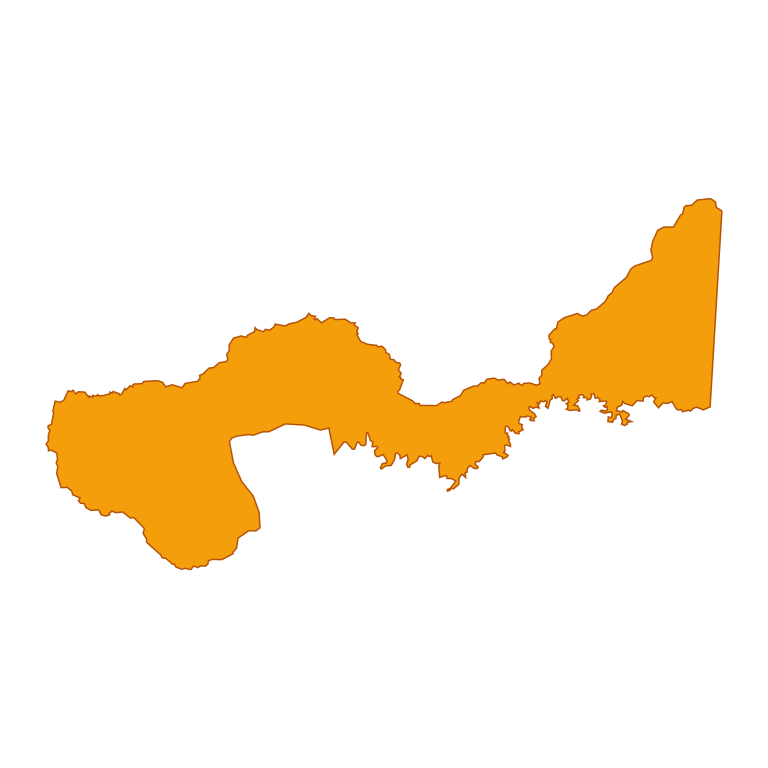 Sonora, Mato Grosso do Sul, Brazil (orthographic projection)
{"feature_id": "56859067B75872573246742", "entity_name": "Sonora", "entity_type": "district", "adm_level": 2, "iso_a3": "BRA", "parent_name": "Brazil", "parent_adm1": "Mato Grosso do Sul", "projection": "orthographic", "projection_center": [-54.401, -17.615], "detail": "fine", "context": "isolated", "style": "filled", "palette": "amber", "viewbox_px": 768, "rotation_deg": 0, "n_neighbors": 0, "source": "geoboundaries", "source_scale": "gbopen_adm2", "svg_char_len": 6076}
<svg xmlns="http://www.w3.org/2000/svg" viewBox="0 0 768 768"><path d="M52.8,411.5L53.7,412.9L51.4,424.4L48.2,425.7L48.0,427.9L49.9,430.6L48.4,434.7L48.3,441.1L46.1,444.2L48.3,447.6L48.5,450.8L51.3,450.1L56.9,453.2L57.5,459.5L56.2,462.8L57.8,466.5L56.7,473.5L61.1,487.6L67.3,487.4L71.7,491.1L72.8,494.8L80.1,497.9L78.4,500.6L80.4,503.1L84.4,503.7L85.9,507.5L90.9,510.4L98.6,509.8L101.3,514.9L105.4,516.0L109.5,515.0L109.1,513.5L111.9,511.1L115.9,512.7L122.6,512.0L130.4,518.1L133.6,517.4L144.4,528.5L143.1,533.4L146.6,538.9L146.6,542.3L160.9,555.0L161.9,557.6L166.0,558.5L172.6,564.3L173.9,563.8L176.1,567.1L181.8,569.2L185.9,568.3L188.7,569.4L191.3,569.3L193.0,566.5L194.6,566.2L197.5,567.6L201.1,565.8L205.3,566.1L207.8,564.2L208.5,560.7L212.3,559.4L221.9,559.6L233.1,553.7L233.0,552.2L236.5,548.2L238.1,538.1L248.8,530.7L255.9,530.9L260.0,527.7L259.1,512.4L253.3,496.2L241.8,481.7L233.5,463.1L229.4,441.6L231.6,438.2L236.6,436.2L247.6,434.6L253.6,435.1L262.5,431.9L268.9,431.7L285.5,423.9L304.2,425.0L320.3,430.0L328.9,428.1L334.2,454.3L344.1,441.9L346.7,442.5L352.3,449.1L354.6,449.0L357.0,442.5L358.6,442.2L361.1,445.3L364.1,445.7L365.7,444.6L366.6,432.8L368.0,433.0L370.4,440.6L372.8,441.9L372.1,446.7L376.8,446.4L377.9,447.5L374.6,450.6L375.1,454.8L376.7,456.5L378.7,456.5L383.1,454.6L387.0,460.3L386.0,463.2L382.6,463.4L380.3,467.8L381.5,469.0L385.9,465.8L391.1,465.5L394.5,459.8L395.5,453.3L397.2,452.8L399.9,455.3L400.3,458.6L407.1,454.8L408.1,459.3L406.6,464.0L407.7,467.1L409.6,467.4L410.1,464.9L416.9,460.8L418.8,456.5L422.2,456.4L424.9,458.6L427.7,455.3L429.5,456.6L431.2,455.8L432.7,461.8L435.7,463.5L440.0,463.2L438.8,465.6L439.7,477.5L444.8,475.6L446.7,476.3L447.1,478.5L451.7,478.6L455.9,481.0L450.3,488.3L453.5,488.8L458.9,484.3L459.0,478.2L461.9,474.0L465.6,477.5L465.2,472.6L467.0,472.2L467.4,468.4L469.9,465.5L474.2,468.4L477.3,468.6L478.1,466.9L475.1,464.4L475.9,461.7L479.2,461.5L483.0,457.2L483.2,454.8L495.6,453.0L496.8,454.8L502.2,456.7L502.7,458.9L507.2,456.8L508.1,455.2L503.7,452.6L504.9,451.1L504.5,445.7L506.5,445.0L510.5,446.5L510.5,444.6L508.9,441.2L509.5,439.5L507.8,437.6L509.0,436.8L506.8,434.4L507.7,433.3L505.1,432.7L505.5,426.3L508.1,426.4L510.0,430.6L511.4,431.0L512.2,429.6L515.4,433.3L519.1,433.6L518.6,431.9L523.1,429.7L521.5,426.9L522.4,424.7L519.0,423.6L518.6,422.1L520.3,416.7L526.0,417.0L527.5,415.9L531.6,417.2L529.7,419.6L530.9,420.6L534.3,420.7L533.5,418.6L536.1,416.7L534.4,413.7L529.6,410.2L528.9,407.5L530.0,406.3L533.1,408.4L535.9,407.1L539.2,408.0L537.2,402.7L539.4,403.8L540.4,401.0L543.7,401.8L545.2,400.6L546.9,401.8L545.5,406.5L547.9,408.3L550.2,400.1L552.2,398.7L552.1,395.2L553.5,394.6L555.4,398.3L558.9,396.6L561.0,397.0L562.2,400.4L563.9,401.0L567.3,398.5L568.9,402.1L566.1,403.6L567.9,405.1L567.7,408.3L566.3,409.2L569.9,410.5L576.5,409.8L578.7,411.1L580.0,410.8L577.8,405.9L573.7,405.2L578.3,400.8L576.9,399.3L579.4,397.8L578.3,396.6L579.3,395.0L582.6,394.7L584.1,396.3L583.4,397.5L586.8,397.6L587.2,400.0L590.6,398.8L591.6,395.7L590.9,394.2L593.8,393.4L595.2,398.2L597.8,397.4L600.1,400.0L599.1,401.6L605.6,400.9L606.8,401.9L605.2,405.3L603.5,405.9L605.1,407.3L607.4,406.7L607.2,409.9L606.2,411.0L601.3,410.2L600.1,411.3L604.3,413.2L611.6,411.8L612.1,415.9L611.3,417.6L608.3,417.0L607.9,421.6L612.7,422.2L613.9,419.3L615.9,418.4L616.2,415.3L619.7,414.1L622.5,420.9L621.5,424.2L624.8,425.5L627.3,424.0L627.3,422.4L631.6,421.6L625.5,419.1L629.1,415.6L629.0,414.0L622.8,410.5L622.1,411.8L616.5,410.9L617.5,407.2L621.8,405.1L622.7,401.4L624.6,403.4L632.2,405.8L637.1,400.5L643.1,401.1L643.5,397.5L646.2,396.1L649.5,396.7L651.8,394.8L654.1,397.7L655.9,397.9L653.6,401.8L658.5,407.8L663.0,402.9L667.2,403.5L672.1,401.6L676.1,408.7L677.8,409.9L681.4,409.6L682.5,411.7L689.0,410.2L690.2,411.1L694.2,407.9L697.2,407.3L703.3,409.9L710.1,406.9L721.9,211.0L716.3,207.4L715.4,201.8L710.5,198.6L697.1,200.1L691.6,205.3L685.7,205.7L684.1,207.4L682.7,213.8L680.5,215.1L673.5,227.0L663.9,227.1L657.7,230.3L652.8,241.2L650.9,250.0L652.6,257.1L651.6,260.3L635.2,265.8L630.9,268.9L626.5,277.2L614.3,287.7L612.0,292.8L608.4,295.5L605.5,301.2L596.5,309.0L591.3,310.3L586.8,314.9L582.4,316.1L577.4,313.5L564.5,317.6L557.9,322.1L556.3,328.8L554.8,328.9L548.9,335.2L549.2,338.9L550.8,340.0L550.2,342.2L552.6,343.4L554.1,346.4L551.2,351.0L551.5,358.6L548.3,364.3L541.7,370.3L541.9,374.9L539.1,378.3L539.9,383.9L536.5,385.2L530.1,383.0L523.7,383.4L522.6,384.9L520.5,385.1L518.9,383.1L514.1,385.1L509.9,381.9L507.9,383.7L503.9,379.3L498.0,380.1L494.3,378.1L487.0,379.2L484.0,383.1L481.5,382.6L477.2,386.1L473.2,386.2L463.6,390.3L460.6,395.5L452.7,399.6L452.0,401.2L443.8,402.8L441.9,402.0L436.6,405.6L420.1,405.4L419.2,403.5L415.2,403.5L412.2,400.6L398.2,393.4L397.9,391.4L399.6,389.9L403.3,379.8L400.7,379.1L400.8,377.3L399.2,377.1L401.2,373.6L398.4,369.7L400.6,364.7L399.7,363.1L395.8,362.2L393.9,359.7L390.5,359.4L389.3,354.5L385.5,352.1L385.7,349.8L381.9,346.2L378.1,346.9L376.7,345.4L367.5,344.3L360.7,341.5L356.9,334.6L358.1,333.5L356.7,332.0L358.2,327.8L354.1,324.9L355.1,322.7L351.1,323.0L345.1,319.2L334.9,319.6L334.0,318.0L329.8,317.7L321.3,322.8L317.0,318.6L315.4,319.9L314.2,319.0L315.5,316.4L310.8,315.5L308.8,313.3L305.9,317.5L296.8,322.3L288.9,323.9L285.4,326.0L275.2,324.1L274.1,326.9L269.3,330.3L265.4,329.3L263.5,331.8L256.6,329.4L255.1,327.6L254.4,331.7L247.6,335.2L246.1,337.3L241.2,336.0L233.5,338.1L229.3,344.7L229.2,350.7L226.7,354.3L227.9,359.6L226.4,361.5L219.3,362.7L213.6,367.6L208.9,368.2L202.8,374.2L199.5,375.4L200.1,378.2L197.5,381.4L185.3,383.3L182.0,387.8L172.4,384.8L165.5,386.7L162.6,382.2L157.0,380.7L143.8,381.5L141.9,383.7L134.2,384.0L132.9,384.8L133.0,386.8L130.0,385.8L126.0,389.9L124.8,388.4L121.4,394.5L119.9,395.1L119.0,393.6L113.0,391.5L112.2,393.2L110.1,392.1L109.7,393.9L103.1,395.6L98.5,395.7L97.7,394.6L96.3,396.2L92.7,395.4L92.4,397.2L89.3,396.0L88.8,397.3L84.8,392.1L78.5,391.8L75.6,393.9L73.1,390.2L71.6,391.6L68.2,390.7L63.7,400.4L59.7,402.3L55.2,401.1L52.8,411.5ZM450.3,488.3L447.3,489.6L447.5,491.1L450.2,490.1L450.3,488.3Z" fill="#f59e0b" stroke="#b45309" stroke-width="1.5"/></svg>